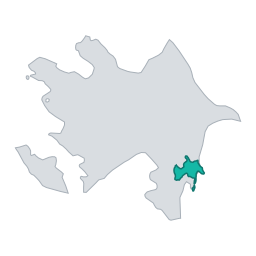 location of Neftchala District, Neftçala, Azerbaijan
{"feature_id": "54616110B40961788089107", "entity_name": "Neftchala District", "entity_type": "district", "adm_level": 2, "iso_a3": "AZE", "parent_name": "Azerbaijan", "parent_adm1": "Neftçala", "projection": "albers", "projection_center": [49.058, 39.291], "detail": "fine", "context": "in_parent", "style": "filled", "palette": "teal", "viewbox_px": 256, "rotation_deg": 0, "n_neighbors": 0, "source": "geoboundaries", "source_scale": "gbopen_adm2", "svg_char_len": 5680}
<svg xmlns="http://www.w3.org/2000/svg" viewBox="0 0 256 256"><path d="M180.6,218.3L179.4,218.3L171.0,220.2L169.2,219.6L162.1,210.4L160.6,209.3L157.5,208.9L155.7,207.4L154.2,204.9L153.4,203.1L146.1,198.0L145.0,196.2L144.8,194.6L146.0,193.1L147.2,191.9L150.8,190.7L155.1,189.7L156.4,189.0L157.1,187.6L157.1,185.5L156.4,183.4L150.4,179.6L149.8,177.9L149.6,175.9L150.0,173.8L150.9,172.2L155.9,170.0L158.5,167.7L156.9,165.1L151.7,159.2L145.5,152.7L141.3,152.5L136.4,154.4L128.6,159.8L124.3,162.1L118.7,165.9L112.5,170.1L107.4,174.6L104.2,178.4L98.7,179.9L95.8,183.0L86.2,192.4L83.6,192.2L83.6,187.4L83.8,183.6L83.3,181.5L80.4,178.4L80.4,177.1L81.2,176.3L83.5,176.9L86.4,176.8L87.9,175.7L84.8,171.7L82.1,169.0L79.8,167.1L79.3,166.0L79.3,165.3L79.8,164.4L83.9,162.4L84.4,160.4L84.2,158.2L77.8,154.7L73.0,155.8L68.8,152.0L66.1,149.0L62.7,145.9L59.7,144.1L56.9,140.2L51.9,136.1L48.6,134.8L48.7,134.2L49.3,133.5L50.7,133.0L59.9,133.5L61.0,132.8L61.6,131.1L63.0,128.7L64.5,125.1L64.5,122.0L55.6,116.6L49.1,111.8L44.7,105.6L41.8,99.9L42.0,98.1L43.0,96.3L50.3,91.5L50.8,90.2L50.7,89.3L48.3,86.6L45.2,83.8L44.3,81.8L42.3,80.7L38.6,80.5L32.1,76.9L30.7,76.5L30.4,75.8L30.8,75.2L35.6,74.0L35.5,72.9L34.2,71.4L31.5,70.2L29.2,67.5L28.5,65.1L37.3,58.5L39.8,57.3L45.3,58.8L56.7,63.8L55.8,66.3L56.9,67.8L59.5,69.8L64.5,72.0L68.8,73.2L71.0,72.4L74.4,71.7L78.6,74.1L82.5,77.2L84.5,78.4L85.5,78.8L88.6,77.9L92.3,74.3L93.8,69.8L94.3,67.7L92.3,64.6L88.0,61.3L83.2,58.3L80.2,55.7L78.4,50.7L76.4,50.1L75.9,49.4L75.6,47.7L75.8,45.3L76.5,43.6L78.5,42.8L80.5,42.6L82.3,40.9L84.7,37.6L85.7,35.8L89.8,37.0L90.3,40.0L91.1,40.7L92.8,40.4L95.8,39.2L98.0,40.2L100.9,43.9L105.0,47.8L107.1,50.4L108.0,52.2L110.0,54.0L113.1,56.1L115.5,59.3L117.5,66.7L119.7,68.5L127.7,71.4L130.5,72.0L138.3,73.1L141.1,72.5L145.2,66.2L148.9,59.7L152.3,58.3L158.5,55.2L162.2,52.3L163.7,49.1L167.2,43.0L169.4,39.6L172.9,42.7L179.1,50.9L188.0,64.3L190.2,68.1L191.7,72.5L192.9,77.8L195.0,82.5L204.2,94.4L208.1,98.7L214.6,104.4L216.9,105.6L219.9,105.9L225.5,105.9L230.6,108.1L233.2,109.6L235.8,111.8L238.2,114.4L240.6,121.3L231.7,119.1L222.7,119.6L217.7,121.1L212.8,123.2L208.1,126.1L205.1,131.7L202.7,144.7L199.1,156.9L199.2,162.5L200.9,167.9L200.7,170.4L199.0,171.5L196.9,173.8L194.1,184.9L192.7,187.2L190.9,188.6L190.4,187.2L190.5,184.3L186.5,181.7L184.4,184.6L182.9,190.8L180.0,197.2L179.9,198.4L180.6,218.3ZM48.8,101.3L49.3,99.6L48.2,98.8L47.0,98.7L46.0,99.5L45.9,101.7L47.3,102.1L48.8,101.3ZM17.2,150.7L15.9,148.8L15.4,147.8L19.4,147.1L26.1,145.0L27.9,146.3L29.7,148.8L30.6,150.9L30.6,154.8L31.4,155.5L34.6,154.3L36.0,155.9L38.4,157.9L42.7,159.9L49.0,157.3L52.1,156.7L54.7,156.8L56.0,157.8L56.4,160.8L55.8,164.5L55.0,166.5L56.2,168.0L61.2,171.8L63.3,173.8L62.1,177.3L65.7,185.8L66.8,189.1L68.2,193.2L60.4,191.4L46.4,187.5L42.6,185.6L39.1,180.7L37.0,178.4L33.9,175.3L31.3,174.1L29.4,172.0L28.4,168.9L26.8,166.2L24.0,162.9L18.0,151.8L17.2,150.7ZM28.7,78.9L27.9,79.5L26.6,78.8L26.2,77.5L26.4,76.1L27.7,75.8L28.8,76.3L29.0,77.6L28.7,78.9Z" fill="#d9dde1" stroke="#a8b0b8" stroke-width="1"/><path d="M176.2,165.2L175.9,165.4L175.4,165.7L175.4,165.8L175.2,166.3L175.1,167.1L174.6,167.7L174.3,168.1L174.2,168.9L174.0,169.8L174.0,170.7L174.2,172.3L174.5,173.0L174.6,173.7L175.2,174.3L175.3,175.2L175.4,176.1L175.4,176.9L175.1,177.6L175.0,178.1L174.9,178.9L175.0,179.1L175.0,179.5L175.6,179.8L176.3,180.1L176.6,180.2L176.8,180.1L177.2,180.1L177.7,179.7L178.2,179.7L178.7,180.0L179.0,180.1L179.3,180.0L179.3,179.9L179.9,179.3L180.2,178.7L180.5,178.2L181.2,177.7L181.8,177.3L182.2,176.5L182.5,175.9L183.1,175.3L183.7,174.9L184.4,174.4L185.0,173.9L185.7,173.5L186.3,173.2L186.9,173.3L187.5,174.0L187.7,174.5L187.8,175.3L188.0,175.8L188.3,176.3L188.5,176.5L189.5,176.5L190.1,176.5L190.5,176.7L191.3,177.2L192.2,177.7L192.7,178.0L193.6,178.0L194.3,178.1L194.7,178.6L194.7,179.6L194.5,180.2L194.3,181.2L194.3,181.9L194.2,182.6L194.1,183.2L194.1,183.4L194.3,183.8L194.5,183.9L195.2,183.1L195.7,181.9L195.9,180.9L196.0,180.1L196.0,178.8L195.9,177.4L196.0,176.8L196.1,176.2L196.1,175.8L196.1,175.1L196.2,173.8L196.6,173.0L197.2,171.9L197.6,171.4L198.2,171.1L199.2,171.5L200.0,172.3L200.7,172.9L201.4,173.6L202.1,173.8L203.0,174.0L203.7,174.0L204.1,173.6L204.3,172.9L203.8,172.2L203.3,171.3L202.9,170.6L202.6,169.9L202.4,169.1L202.4,168.4L202.2,167.7L201.3,167.1L200.5,166.4L199.7,165.6L199.2,164.8L198.7,163.8L198.1,163.0L198.0,162.0L198.0,161.3L197.9,160.4L197.7,159.9L197.7,160.0L197.4,160.2L197.2,160.5L196.8,160.7L196.2,161.0L195.8,161.0L195.0,161.1L194.5,161.2L194.1,161.4L193.7,161.7L193.6,161.9L193.3,162.1L192.9,162.3L192.3,162.2L191.8,162.1L191.4,162.0L190.8,161.9L190.6,161.8L190.3,161.5L190.0,161.2L189.8,160.8L189.6,160.4L189.5,160.0L189.2,159.5L188.9,159.2L188.8,158.8L188.5,158.3L188.4,157.9L187.8,157.3L187.6,157.0L187.4,156.6L187.1,156.2L186.6,156.0L186.1,156.0L185.6,156.1L185.4,156.5L185.3,157.5L185.5,157.9L185.9,158.3L186.2,158.6L186.7,159.0L186.9,159.5L187.0,159.8L187.0,160.2L186.9,160.7L186.6,161.2L186.1,161.7L185.7,161.8L185.2,162.3L184.8,162.6L184.5,162.8L184.2,163.2L183.8,163.9L183.6,164.4L183.7,165.0L183.7,165.6L183.7,166.1L183.9,166.6L183.7,167.0L183.6,167.3L183.0,167.5L182.4,167.9L182.1,168.2L181.8,168.5L181.3,168.7L181.0,168.8L180.5,168.6L180.1,168.6L179.4,168.1L179.0,167.8L178.5,167.5L178.1,167.2L177.8,166.8L177.5,166.5L177.3,166.3L176.9,165.9L176.4,165.5L176.2,165.4L176.2,165.2ZM192.9,190.7L193.0,191.0L193.3,191.0L193.6,190.8L193.9,190.2L194.1,189.5L194.4,188.8L194.7,188.2L194.9,187.3L194.7,186.2L194.5,185.6L194.2,185.5L194.0,186.0L193.9,186.2L193.9,186.7L193.7,187.2L193.1,187.7L192.6,188.0L192.3,188.6L192.2,189.2L192.6,190.0L192.8,190.6L192.9,190.7Z" fill="#14b8a6" stroke="#0f766e" stroke-width="1.5"/></svg>